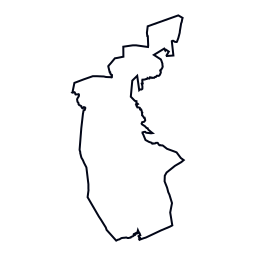 Huamuxtitlán, Guerrero, Mexico (Mercator projection)
{"feature_id": "50627088B12033458309920", "entity_name": "Huamuxtitlán", "entity_type": "district", "adm_level": 2, "iso_a3": "MEX", "parent_name": "Mexico", "parent_adm1": "Guerrero", "projection": "mercator", "projection_center": [-98.542, 17.83], "detail": "fine", "context": "isolated", "style": "outline", "palette": "ink", "viewbox_px": 256, "rotation_deg": 0, "n_neighbors": 0, "source": "geoboundaries", "source_scale": "gbopen_adm2", "svg_char_len": 5334}
<svg xmlns="http://www.w3.org/2000/svg" viewBox="0 0 256 256"><path d="M169.8,226.7L172.3,225.4L170.2,212.5L172.0,203.1L169.4,194.6L168.3,192.3L167.1,187.7L164.6,181.4L164.8,175.7L166.6,172.5L175.0,165.8L181.3,162.1L183.7,160.1L180.8,158.0L176.6,152.4L175.7,152.0L167.0,148.8L163.3,145.9L163.1,145.8L162.9,145.6L162.4,145.4L162.1,145.4L161.4,145.4L161.1,145.4L160.9,145.3L160.7,145.2L160.3,145.1L159.9,145.3L159.7,145.3L159.2,145.0L158.9,144.7L158.7,144.5L158.4,144.0L158.2,143.6L157.9,143.1L157.6,142.9L157.2,142.8L156.7,142.9L156.3,142.9L155.9,142.9L155.6,143.1L155.3,143.3L155.1,143.4L154.8,143.5L153.7,143.4L153.4,143.5L153.1,143.7L152.6,143.7L152.3,143.7L152.0,143.5L151.8,143.3L151.7,142.8L149.0,141.9L145.5,140.0L143.2,134.4L142.5,133.2L142.5,132.4L144.1,131.9L145.3,131.9L145.6,132.3L146.1,132.7L151.0,133.3L152.5,133.1L151.2,132.1L148.6,129.9L148.1,129.3L147.6,128.2L147.0,128.2L146.6,128.0L145.1,126.4L144.8,126.1L143.8,125.5L142.1,124.4L141.6,123.7L142.2,122.2L142.3,122.2L144.2,121.7L145.2,120.4L145.0,119.1L144.7,118.1L144.6,117.8L144.1,117.9L143.1,116.3L142.1,115.3L142.2,114.8L142.0,113.8L142.3,112.5L141.8,112.1L141.7,111.0L141.2,109.5L140.4,109.7L140.1,109.5L139.8,107.8L138.1,107.3L137.4,107.4L136.6,106.0L136.8,105.7L136.2,104.9L137.9,104.0L137.4,103.5L136.3,103.5L136.5,101.2L134.8,100.8L130.8,96.7L132.3,80.6L137.2,75.8L139.2,90.1L139.8,89.5L140.1,89.4L140.8,89.5L141.1,89.5L141.4,89.5L141.8,89.3L142.0,89.1L142.3,88.9L142.4,88.4L142.4,88.1L142.4,87.4L142.4,86.9L142.4,86.3L142.3,85.7L142.0,84.7L141.9,84.2L141.8,83.6L141.7,83.4L142.0,83.1L142.6,83.2L142.5,82.9L142.5,82.6L142.5,82.3L142.5,82.2L142.4,81.7L142.2,80.9L142.2,80.7L142.3,80.2L142.4,79.7L142.7,79.7L143.3,79.7L143.6,79.6L144.0,79.6L144.7,79.5L145.3,79.3L146.2,79.0L146.3,79.0L146.7,79.0L147.0,78.9L147.3,78.6L147.4,78.4L147.5,78.1L147.8,78.3L148.1,78.3L148.3,78.4L148.7,78.5L149.0,78.5L149.5,78.5L149.8,78.2L149.9,77.3L150.0,77.3L150.6,77.3L151.6,77.6L152.0,78.0L152.9,77.7L153.1,77.7L153.3,77.8L153.5,77.8L154.2,77.8L154.3,77.7L154.6,77.4L154.8,77.1L155.0,77.0L155.5,77.0L155.8,77.0L156.0,76.8L156.2,76.6L156.3,76.4L156.4,76.2L156.6,76.0L157.0,75.7L157.3,75.7L157.9,75.9L158.2,75.9L158.5,75.9L159.0,75.7L159.4,75.4L159.6,75.1L159.9,74.7L160.0,74.5L160.2,74.0L160.4,73.7L160.5,73.4L160.6,73.0L160.8,72.6L160.8,72.2L160.8,71.8L160.7,71.6L160.6,71.2L160.4,71.0L160.2,70.8L160.2,70.7L160.2,70.4L160.3,70.2L160.5,70.1L160.7,69.9L161.0,69.8L161.3,69.7L161.5,69.2L161.6,68.7L161.8,68.5L162.1,68.2L162.5,67.4L162.5,67.2L162.6,66.7L162.7,66.4L162.6,65.9L162.5,65.4L162.4,64.8L162.4,64.4L162.4,63.6L161.9,62.2L161.4,60.7L160.8,59.4L153.9,54.9L164.2,48.6L165.3,50.6L165.9,49.7L168.8,51.6L166.6,55.3L166.8,55.5L166.9,55.9L166.9,56.0L173.4,55.5L171.8,41.2L172.2,40.9L172.7,40.8L173.2,40.8L173.6,40.9L174.0,41.3L174.5,41.7L175.5,41.9L176.7,42.0L177.0,41.6L178.3,38.1L179.7,32.8L179.9,30.9L180.7,26.1L181.1,23.5L181.7,22.0L182.2,19.3L182.6,17.9L178.3,15.4L147.7,26.3L146.9,32.8L147.3,36.1L147.8,36.2L148.2,45.4L148.0,47.0L135.9,45.3L133.1,45.3L131.6,45.5L123.3,46.7L123.4,56.7L117.4,57.9L114.9,58.3L110.9,63.1L108.5,65.8L108.6,66.0L108.3,66.5L109.6,71.8L109.8,71.8L110.0,72.0L109.8,72.3L109.8,72.5L110.0,72.8L110.3,73.0L110.5,73.3L110.5,73.5L110.5,73.8L110.7,74.0L110.8,74.5L111.2,74.6L111.5,74.8L111.9,74.9L112.0,75.1L111.9,75.6L111.9,76.2L111.9,76.4L111.7,76.4L111.6,76.5L111.8,76.8L111.9,77.0L111.8,77.3L111.6,77.4L110.8,77.2L106.0,77.0L103.9,76.5L96.9,76.2L92.8,76.2L83.9,79.3L74.4,82.9L72.5,92.3L72.3,92.5L72.8,92.7L73.6,92.4L73.8,92.3L74.3,92.2L74.5,92.2L74.7,92.4L74.9,92.7L75.0,92.9L75.1,93.2L75.3,93.8L75.4,94.3L75.5,94.4L75.7,94.5L76.0,94.4L76.5,94.4L76.9,94.4L77.6,94.4L78.1,94.3L78.3,94.3L78.6,94.2L78.7,94.4L78.9,94.6L78.9,94.8L79.0,95.1L78.9,95.5L78.8,96.2L78.7,96.5L78.5,96.8L78.2,97.2L78.0,97.5L77.8,97.8L77.6,98.2L77.4,98.5L77.2,99.0L77.1,99.5L77.2,100.0L77.4,101.4L77.6,102.0L78.0,102.4L78.3,102.7L78.4,103.0L78.5,103.2L78.5,103.7L78.5,103.9L78.5,104.1L78.7,104.4L79.1,105.0L80.9,105.9L81.2,106.1L81.4,106.3L81.4,106.5L81.5,106.9L81.5,107.1L81.8,107.4L82.0,107.6L82.2,108.2L82.6,108.4L82.8,108.4L82.9,108.1L83.9,107.1L85.2,107.6L85.3,108.1L84.7,110.0L83.7,110.5L83.4,111.1L83.2,112.7L83.0,113.4L81.3,128.2L79.6,149.6L79.7,150.3L80.2,151.9L80.3,153.5L80.6,154.4L80.8,155.3L81.0,156.1L81.4,157.6L81.9,158.5L82.6,159.6L83.4,161.3L83.9,162.6L86.4,167.4L88.4,184.2L88.4,188.6L88.5,190.2L87.6,197.2L98.9,216.6L100.9,219.6L105.8,227.5L106.6,229.9L116.2,240.6L117.7,239.8L119.2,239.4L119.7,239.2L120.1,238.9L121.3,238.2L121.9,238.0L122.7,237.9L123.4,237.8L124.0,237.8L124.7,237.7L125.6,237.6L126.1,237.5L126.7,237.6L127.0,237.8L127.5,238.0L128.8,238.0L129.3,237.8L129.6,237.7L130.3,237.6L130.6,237.6L130.7,237.4L130.9,237.1L131.9,236.6L132.5,236.4L133.0,236.2L133.7,235.5L134.5,235.2L133.7,234.3L133.8,234.1L134.5,233.8L134.8,234.3L135.5,234.0L135.3,233.4L136.2,232.9L136.4,233.3L136.9,233.1L137.1,233.4L137.8,233.0L137.4,232.3L137.7,232.2L138.0,232.0L137.8,230.7L137.9,230.3L138.1,230.8L139.2,232.9L139.4,233.4L139.6,233.4L139.8,233.9L139.7,234.0L140.0,234.6L140.3,235.2L139.1,235.8L139.2,236.0L138.6,236.3L139.1,237.2L139.1,237.3L139.3,237.8L139.6,238.2L140.2,238.0L140.4,238.3L139.5,238.7L139.6,239.1L139.2,239.3L139.5,239.8L139.9,239.6L143.7,238.2L145.4,237.7L146.2,237.4L160.8,230.5L169.8,226.7Z" fill="none" stroke="#020617" stroke-width="2"/></svg>